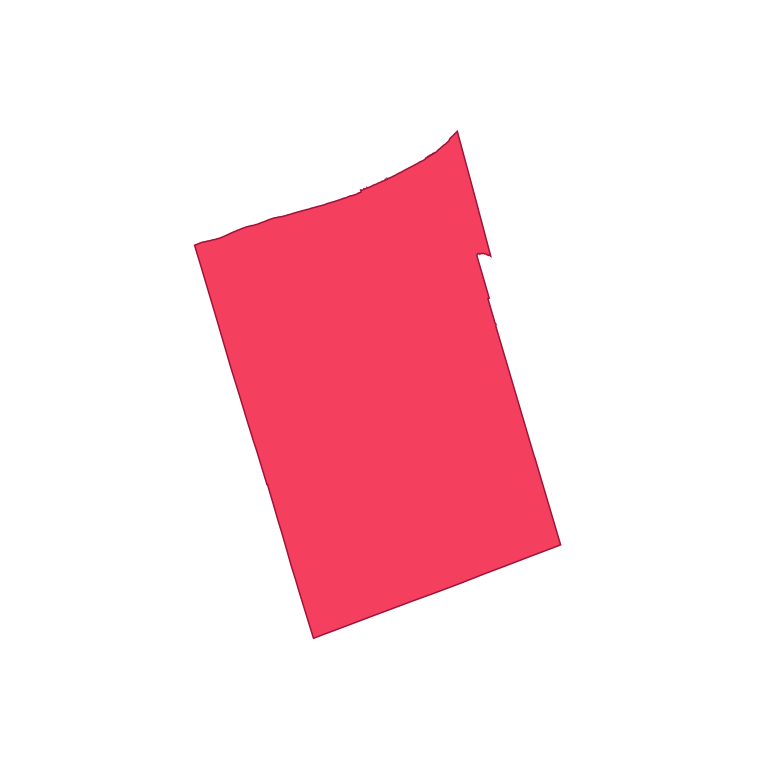 the district of Mar Chiquita, Buenos Aires, Argentina, rotated 210°
{"feature_id": "61730980B58883686199673", "entity_name": "Mar Chiquita", "entity_type": "district", "adm_level": 2, "iso_a3": "ARG", "parent_name": "Argentina", "parent_adm1": "Buenos Aires", "projection": "equal_earth", "projection_center": [-57.382, -37.513], "detail": "fine", "context": "isolated", "style": "filled", "palette": "rose", "viewbox_px": 768, "rotation_deg": 210, "n_neighbors": 0, "source": "geoboundaries", "source_scale": "gbopen_adm2", "svg_char_len": 5787}
<svg xmlns="http://www.w3.org/2000/svg" viewBox="0 0 768 768"><g transform="rotate(210 384 384)"><path d="M373.5,180.2L362.5,170.1L354.0,162.0L317.9,128.5L312.5,135.2L301.8,148.2L276.7,178.9L274.2,181.9L252.9,207.8L232.3,232.4L217.2,250.8L202.4,269.5L183.8,292.2L173.3,305.2L150.6,333.0L213.7,392.9L216.7,395.8L216.9,395.7L315.9,489.8L316.9,491.8L318.2,492.2L336.7,509.9L335.8,511.0L368.1,541.9L367.9,543.0L368.1,543.8L367.9,543.9L367.7,543.9L366.7,544.6L366.3,544.3L365.9,544.3L365.6,545.0L365.4,545.2L365.0,545.7L364.9,545.8L364.3,545.9L364.1,546.0L363.8,546.4L363.6,546.5L363.0,546.9L361.8,547.0L361.5,547.2L360.2,547.8L359.4,547.4L359.1,547.4L358.6,547.6L357.8,547.6L357.2,548.2L357.0,548.4L356.5,548.2L355.6,548.0L355.4,548.0L408.6,601.4L446.9,639.5L447.3,637.6L447.4,637.3L447.6,637.1L447.7,636.6L447.9,636.2L447.9,635.9L448.0,635.7L447.9,635.2L448.4,634.2L448.5,633.2L449.3,631.0L449.5,630.0L449.7,629.5L449.7,629.0L449.6,628.7L449.5,628.3L449.5,628.0L449.5,627.6L449.3,627.2L449.5,626.7L449.6,626.0L449.7,625.8L449.8,625.5L449.9,625.4L450.0,625.3L450.0,625.2L450.3,624.5L450.3,624.2L450.3,623.9L450.3,623.4L450.5,623.2L450.5,622.9L451.3,621.6L451.6,621.0L451.9,619.9L452.3,619.0L452.5,618.2L452.9,617.4L452.9,616.9L453.1,616.3L453.6,615.2L453.9,614.5L453.9,614.1L454.2,613.5L454.5,612.1L454.7,611.5L454.8,611.1L455.0,610.4L455.5,609.6L455.7,609.4L455.9,609.4L455.9,609.6L456.0,609.6L456.0,609.4L455.8,609.1L456.1,608.5L456.3,608.3L456.6,608.1L456.7,608.3L456.8,608.2L456.7,608.0L456.5,607.9L456.6,607.6L456.9,607.5L457.0,607.5L456.9,607.2L457.0,606.9L457.1,606.7L457.3,606.6L457.3,606.8L457.5,606.6L457.6,606.4L457.4,606.2L457.5,606.0L457.8,605.8L458.1,605.8L458.1,606.1L458.2,605.8L458.1,605.6L458.2,605.3L458.1,605.2L458.1,604.8L458.4,604.4L458.6,604.3L458.9,604.3L458.9,604.6L459.0,604.6L459.0,604.4L458.8,603.8L458.9,603.3L459.1,603.0L459.3,602.6L459.7,602.4L459.9,602.5L459.9,602.8L460.0,602.7L460.1,602.4L459.8,601.9L460.0,601.2L460.5,600.7L461.0,600.6L461.1,600.8L461.1,600.6L461.0,600.3L460.6,599.9L460.6,599.7L460.8,599.1L461.3,598.3L461.3,598.1L462.0,596.9L462.7,596.0L462.9,595.7L463.3,595.2L463.3,594.9L463.7,594.6L464.4,593.5L465.3,591.7L465.9,590.7L467.2,588.8L467.7,587.8L469.4,585.2L469.6,584.7L470.0,584.3L470.4,583.7L470.8,583.1L471.3,582.2L471.8,581.5L472.7,579.9L472.9,579.7L473.6,578.6L474.0,577.8L474.6,576.9L474.7,576.4L475.2,575.8L475.3,575.7L475.5,575.4L475.8,575.1L476.0,574.7L476.7,573.7L476.9,573.3L477.2,572.9L477.5,572.3L477.8,571.9L478.8,570.1L479.3,569.4L479.9,568.7L480.3,567.9L481.0,566.9L481.4,566.2L481.7,566.0L482.0,565.4L482.4,565.0L482.7,564.3L482.9,564.2L483.1,564.2L483.5,563.2L484.0,563.4L483.8,562.9L484.4,561.8L484.9,561.3L485.0,561.3L485.2,561.5L485.2,561.4L485.0,561.2L485.7,559.9L486.5,559.0L487.0,558.8L487.1,558.5L487.3,557.8L487.9,557.1L488.1,556.7L488.8,555.9L489.3,555.2L489.8,554.7L490.2,553.8L490.7,553.1L491.6,552.1L491.7,551.9L492.5,551.1L493.2,549.9L493.5,549.4L494.0,548.6L494.4,548.2L494.9,547.3L495.5,546.7L495.8,546.2L496.5,545.4L496.8,545.5L496.7,545.3L497.5,544.1L498.2,543.3L498.4,543.2L498.9,543.3L498.8,543.5L499.4,542.9L499.2,543.0L499.0,542.9L498.9,542.7L498.9,542.4L499.2,541.7L499.8,540.9L500.1,540.6L500.4,540.5L500.7,540.5L501.0,540.5L500.8,540.8L501.2,540.5L501.2,540.3L499.9,538.9L499.8,538.7L500.1,538.2L500.6,537.7L500.9,537.2L501.3,537.0L501.5,536.8L501.6,536.5L502.1,535.9L502.1,535.5L502.3,535.2L503.1,534.2L504.1,533.2L504.6,532.6L504.9,532.2L505.1,532.0L505.2,531.8L505.5,531.5L506.1,530.9L506.8,530.5L507.4,530.0L507.6,529.5L508.7,528.2L509.0,527.8L509.4,527.2L509.8,526.6L510.3,526.1L510.7,525.8L511.0,525.4L511.4,525.2L511.7,524.6L512.1,524.3L512.1,524.1L512.4,523.9L512.7,523.5L513.6,522.6L513.9,522.0L514.7,521.1L515.4,520.5L515.7,520.0L516.2,519.5L516.5,519.1L516.8,518.8L517.5,518.1L518.0,517.4L518.9,516.5L519.2,516.3L519.5,515.8L519.9,515.5L520.2,515.1L521.1,514.3L521.4,513.8L521.8,513.4L522.2,513.2L522.4,512.9L523.2,512.1L524.0,511.1L524.3,510.6L524.5,510.4L525.7,509.0L529.1,505.6L529.8,504.9L530.1,504.6L531.1,503.7L532.2,502.5L533.2,501.5L533.5,501.2L534.0,500.7L534.4,500.3L535.7,499.0L535.8,498.7L536.2,498.2L536.4,497.9L537.8,496.8L539.2,495.3L540.3,494.3L541.0,493.5L541.9,492.7L542.4,492.1L543.2,491.3L544.3,490.2L544.6,490.0L545.7,488.7L546.7,487.8L547.1,487.4L547.3,487.1L548.5,485.9L548.9,485.3L549.4,484.9L550.6,483.5L551.0,483.2L551.2,482.9L551.7,482.6L552.0,482.2L553.6,480.3L554.6,479.5L556.1,478.0L556.7,477.5L557.5,476.8L558.7,476.0L560.5,474.2L561.6,473.4L561.9,473.0L562.4,472.6L562.7,472.3L563.8,471.1L564.1,470.7L565.5,469.1L566.0,468.6L567.1,467.1L567.6,466.6L569.0,464.5L570.0,463.5L571.5,461.7L571.8,461.4L571.9,461.1L572.9,460.0L573.0,459.8L573.3,459.3L574.0,458.6L574.8,457.9L576.1,456.4L577.2,455.4L577.7,455.2L579.0,453.9L579.5,453.3L580.2,452.8L580.4,452.5L581.1,451.9L581.7,451.3L582.3,450.5L582.8,450.0L583.1,449.5L583.9,448.6L584.2,448.4L584.5,447.9L585.0,447.3L586.1,445.8L586.4,445.5L587.0,444.7L587.3,444.4L587.4,444.2L588.3,443.2L588.5,442.6L588.8,442.3L589.1,441.7L589.6,441.4L589.7,441.2L590.1,440.9L591.0,439.5L591.5,438.8L591.7,438.6L592.2,437.9L593.1,436.6L593.3,436.3L593.6,435.8L594.5,434.6L595.3,433.3L595.6,433.1L596.0,432.3L597.2,430.9L597.4,430.5L598.0,429.8L598.4,429.1L598.8,428.8L599.3,428.0L599.7,427.7L601.0,426.5L601.9,425.4L602.4,424.8L603.6,423.9L604.2,423.4L604.5,423.1L605.3,422.2L605.5,422.0L606.7,420.8L607.4,420.2L608.1,419.8L609.6,418.2L611.0,417.0L612.3,415.9L612.4,415.7L613.1,415.0L613.5,414.3L613.8,414.1L614.6,413.0L615.9,411.4L616.2,410.8L616.8,410.4L617.4,409.4L601.7,394.7L560.5,355.7L533.1,329.5L525.3,322.0L509.1,307.1L481.2,281.0L467.4,268.3L461.4,263.0L435.1,238.4L434.7,238.8L428.8,233.1L419.8,224.6L406.3,211.6L398.2,204.1L382.4,188.9L373.5,180.2Z" fill="#f43f5e" stroke="#9f1239" stroke-width="1.5"/></g></svg>